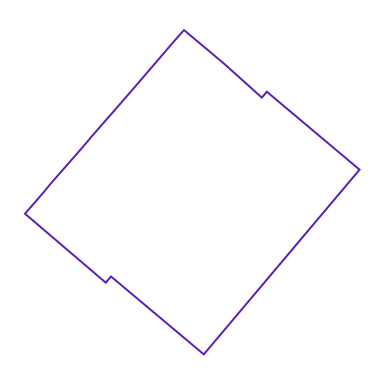 Page, Iowa, United States of America, rotated 130°
{"feature_id": "52423323B95233245971314", "entity_name": "Page", "entity_type": "district", "adm_level": 2, "iso_a3": "USA", "parent_name": "United States of America", "parent_adm1": "Iowa", "projection": "mercator", "projection_center": [-95.164, 40.738], "detail": "fine", "context": "isolated", "style": "outline", "palette": "violet", "viewbox_px": 384, "rotation_deg": 130, "n_neighbors": 0, "source": "geoboundaries", "source_scale": "gbopen_adm2", "svg_char_len": 541}
<svg xmlns="http://www.w3.org/2000/svg" viewBox="0 0 384 384"><g transform="rotate(130 192 192)"><path d="M163.9,303.6L184.1,303.9L189.2,304.1L207.0,304.4L211.6,304.5L212.4,304.5L212.6,304.5L214.2,304.6L219.3,304.5L228.7,304.6L234.5,304.7L275.4,305.6L288.7,305.5L294.7,305.6L316.0,306.0L316.9,199.8L308.8,199.8L308.8,78.6L67.2,78.0L67.1,199.1L74.8,199.2L73.1,249.9L73.1,302.2L81.6,302.5L93.4,302.7L153.7,303.4L155.2,303.4L155.9,303.4L158.1,303.5L158.4,303.5L159.0,303.5L163.9,303.6Z" fill="none" stroke="#5b21b6" stroke-width="2"/></g></svg>